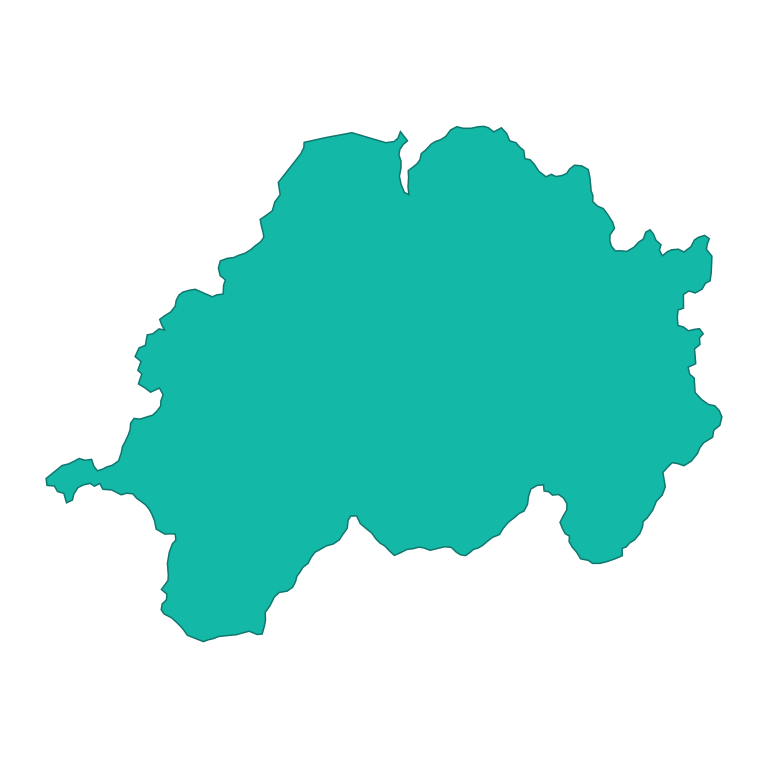 Rio Claro, Rio de Janeiro, Brazil (Robinson projection)
{"feature_id": "56859067B7677300051124", "entity_name": "Rio Claro", "entity_type": "district", "adm_level": 2, "iso_a3": "BRA", "parent_name": "Brazil", "parent_adm1": "Rio de Janeiro", "projection": "robinson", "projection_center": [-44.08, -22.786], "detail": "fine", "context": "isolated", "style": "filled", "palette": "teal", "viewbox_px": 768, "rotation_deg": 0, "n_neighbors": 0, "source": "geoboundaries", "source_scale": "gbopen_adm2", "svg_char_len": 4515}
<svg xmlns="http://www.w3.org/2000/svg" viewBox="0 0 768 768"><path d="M236.3,634.7L242.8,632.9L249.2,631.2L257.1,634.5L262.2,634.0L264.3,626.4L265.5,620.2L265.2,612.4L270.1,605.5L274.3,597.1L279.1,592.5L287.2,591.1L292.7,587.2L295.5,581.7L296.9,576.2L299.9,572.3L302.9,567.3L308.0,563.4L310.9,557.7L314.9,552.3L319.9,549.6L326.3,545.9L333.0,544.1L339.3,539.9L342.3,535.2L347.2,528.3L348.1,520.3L350.7,516.1L356.6,515.9L360.3,523.6L365.9,528.3L371.9,533.2L375.8,538.8L379.8,542.9L384.8,546.0L389.3,550.7L394.3,555.4L400.8,552.6L407.0,549.4L413.0,548.7L419.2,547.1L424.0,548.0L430.1,550.3L438.5,548.2L444.7,546.8L451.2,547.3L456.2,552.1L460.5,554.8L465.6,555.6L470.0,552.4L473.6,549.3L478.2,548.0L482.5,545.5L487.2,541.5L492.4,537.4L499.4,534.6L503.0,528.6L508.2,522.4L513.7,518.1L519.2,513.4L524.0,511.1L527.5,504.4L528.5,496.5L530.9,489.0L537.2,485.4L543.5,484.8L544.1,491.0L548.8,491.8L552.4,495.1L558.6,494.5L563.4,497.9L566.9,503.7L566.8,509.8L563.1,516.2L560.0,522.4L562.7,529.1L565.3,533.8L569.4,536.0L569.1,541.6L572.2,547.1L576.7,552.3L580.6,558.8L588.4,560.4L592.5,563.4L599.9,563.4L607.0,561.6L615.1,558.8L622.3,555.7L622.1,548.5L626.4,546.8L629.5,543.0L634.5,539.9L639.8,533.5L642.5,526.9L643.1,521.7L647.1,518.0L652.6,510.4L656.4,501.2L662.2,495.1L665.3,486.9L664.1,479.6L662.9,472.4L667.7,467.1L672.2,462.7L677.7,463.6L684.0,465.7L691.1,461.3L697.4,453.6L699.9,447.7L703.5,442.9L707.6,440.3L712.6,437.3L713.8,430.1L719.8,425.4L721.9,417.0L719.3,410.7L714.8,405.8L708.3,404.4L701.6,399.5L695.1,392.5L694.7,386.1L694.2,378.1L689.7,374.2L688.1,367.2L695.7,363.7L695.1,355.5L694.5,349.0L700.0,344.4L699.4,337.9L703.2,333.8L699.5,328.7L694.2,329.4L688.5,330.8L683.3,326.9L678.0,325.5L677.3,317.8L678.0,310.0L683.5,308.2L683.5,301.8L683.4,294.6L688.9,290.9L695.2,293.0L702.1,289.1L705.4,283.3L710.1,280.8L711.2,272.9L711.6,264.7L711.9,256.1L706.4,249.4L707.4,243.7L709.3,238.7L704.6,235.4L698.3,237.4L694.3,240.1L691.1,246.6L684.0,252.0L678.4,249.2L671.6,249.8L667.3,251.7L662.4,255.8L659.4,250.0L661.0,244.8L656.0,240.3L653.4,234.0L650.1,229.8L645.8,232.1L643.2,239.2L638.8,242.0L633.9,247.3L626.7,251.4L620.9,250.8L615.2,250.8L611.4,246.2L609.8,240.6L610.0,234.9L614.5,228.4L612.7,222.4L607.6,214.3L603.3,208.6L597.5,206.1L592.8,201.7L592.9,195.6L591.1,190.8L590.6,184.5L589.9,177.6L588.3,169.6L581.8,165.9L574.6,165.2L569.6,169.0L566.7,173.4L561.8,175.6L555.8,176.5L551.3,174.3L546.0,176.8L538.8,171.2L534.1,164.0L530.1,159.7L524.9,158.7L523.7,150.4L520.0,147.4L515.9,142.7L509.7,140.8L506.6,133.4L501.4,127.8L493.7,131.9L488.5,127.8L484.1,126.4L478.2,126.7L471.0,128.3L463.2,128.3L456.9,126.7L450.7,129.9L445.8,136.4L440.6,139.7L435.2,141.6L431.2,144.1L425.7,150.0L421.3,153.5L419.9,159.9L417.0,163.8L412.7,167.3L408.2,170.7L408.6,177.3L408.0,186.9L408.9,194.7L404.4,192.4L401.1,184.5L399.4,176.2L401.0,167.9L401.0,161.2L398.9,154.9L399.9,149.4L403.1,144.6L407.5,140.8L400.4,131.6L398.1,138.0L394.1,141.6L385.7,142.7L351.9,132.7L324.6,137.8L304.1,142.4L303.9,147.5L300.8,153.8L278.3,182.5L280.2,194.7L274.8,201.9L272.3,210.8L266.1,215.4L260.2,219.4L261.2,225.2L263.0,232.1L263.8,237.3L260.7,241.7L255.1,245.9L250.6,249.8L244.7,253.4L238.7,255.3L233.9,257.5L227.4,258.3L220.3,260.9L218.4,268.1L220.2,275.7L225.4,279.9L223.6,285.2L223.1,294.1L217.0,294.8L212.3,296.8L195.2,289.3L189.5,290.2L182.9,292.1L179.0,295.1L176.3,300.1L175.2,306.2L170.7,312.0L164.4,315.9L159.7,319.4L161.8,325.0L164.6,330.0L159.0,328.9L152.8,333.8L147.2,334.9L145.4,345.3L139.1,347.9L135.1,356.6L141.0,361.5L137.8,370.4L141.8,373.9L138.4,383.9L145.1,388.0L150.6,392.2L159.4,388.0L163.1,394.7L160.9,400.8L160.7,406.0L157.0,411.0L152.6,415.2L146.3,417.1L140.1,419.1L134.1,418.4L130.6,423.2L130.1,429.8L128.2,435.1L125.1,441.7L122.5,446.5L121.2,453.0L118.6,460.8L112.4,465.2L106.9,466.9L102.7,469.1L97.4,470.8L93.9,466.3L91.6,459.4L85.2,460.3L79.1,458.5L74.4,461.1L68.6,463.9L62.1,465.5L46.1,478.5L47.0,485.4L54.3,486.0L57.6,491.5L63.9,493.4L66.5,502.8L72.4,500.1L73.8,494.2L77.9,487.6L83.4,484.9L90.3,483.4L94.3,486.2L99.8,483.5L102.9,489.3L111.6,489.9L121.2,494.8L126.7,493.2L132.8,493.8L136.6,498.2L145.6,504.8L149.1,509.2L151.6,513.6L154.5,520.6L156.2,529.1L164.8,534.1L170.3,533.8L175.3,534.1L175.8,540.1L172.4,543.8L169.3,552.1L167.4,563.4L168.3,575.0L168.0,580.5L161.4,589.5L166.9,594.1L166.4,599.9L162.2,603.8L161.2,609.8L164.1,614.0L171.7,617.9L176.5,622.3L180.2,625.9L183.4,629.6L187.4,635.3L203.4,641.6L208.5,639.7L213.2,638.7L218.7,636.5L229.2,635.4L236.3,634.7Z" fill="#14b8a6" stroke="#0f766e" stroke-width="1.5"/></svg>